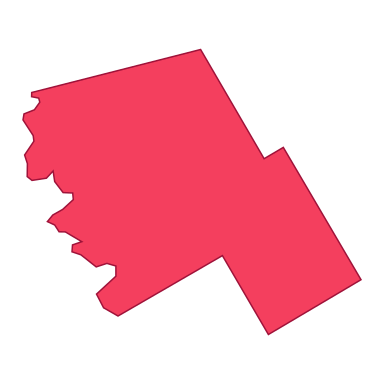 outline of Hill, Texas, United States of America
{"feature_id": "52423323B5018647072048", "entity_name": "Hill", "entity_type": "district", "adm_level": 2, "iso_a3": "USA", "parent_name": "United States of America", "parent_adm1": "Texas", "projection": "orthographic", "projection_center": [-97.333, 31.987], "detail": "fine", "context": "isolated", "style": "filled", "palette": "rose", "viewbox_px": 384, "rotation_deg": 0, "n_neighbors": 0, "source": "geoboundaries", "source_scale": "gbopen_adm2", "svg_char_len": 613}
<svg xmlns="http://www.w3.org/2000/svg" viewBox="0 0 384 384"><path d="M268.4,334.5L361.0,279.7L283.3,147.4L264.1,158.7L200.6,49.5L31.7,92.5L31.6,96.7L38.7,98.1L39.8,102.2L34.4,109.8L24.0,113.9L23.0,119.9L33.2,135.6L33.9,141.2L24.6,155.0L27.4,163.6L27.2,176.6L32.0,180.4L46.4,178.2L53.1,171.0L54.7,181.6L63.1,192.6L72.7,193.0L73.3,199.6L62.7,209.4L52.8,215.0L47.4,221.6L54.7,225.0L59.1,231.8L65.3,231.9L81.8,241.7L72.5,244.9L72.0,251.8L80.9,254.8L96.2,266.9L106.9,263.4L115.9,266.0L115.9,276.2L96.5,294.1L103.6,307.8L118.0,316.0L222.4,255.6L268.4,334.5Z" fill="#f43f5e" stroke="#9f1239" stroke-width="1.5"/></svg>